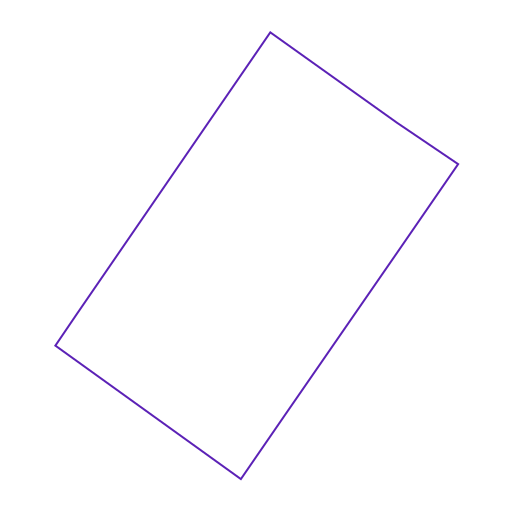 Warren, Illinois, United States of America, rotated 34°
{"feature_id": "52423323B212950030214", "entity_name": "Warren", "entity_type": "district", "adm_level": 2, "iso_a3": "USA", "parent_name": "United States of America", "parent_adm1": "Illinois", "projection": "mercator", "projection_center": [-90.608, 40.848], "detail": "fine", "context": "isolated", "style": "outline", "palette": "violet", "viewbox_px": 512, "rotation_deg": 34, "n_neighbors": 0, "source": "geoboundaries", "source_scale": "gbopen_adm2", "svg_char_len": 269}
<svg xmlns="http://www.w3.org/2000/svg" viewBox="0 0 512 512"><g transform="rotate(34 256 256)"><path d="M142.8,62.6L139.9,404.6L139.8,442.5L368.2,449.4L368.9,373.2L371.2,169.1L372.2,66.8L298.5,66.7L142.8,62.6Z" fill="none" stroke="#5b21b6" stroke-width="2"/></g></svg>